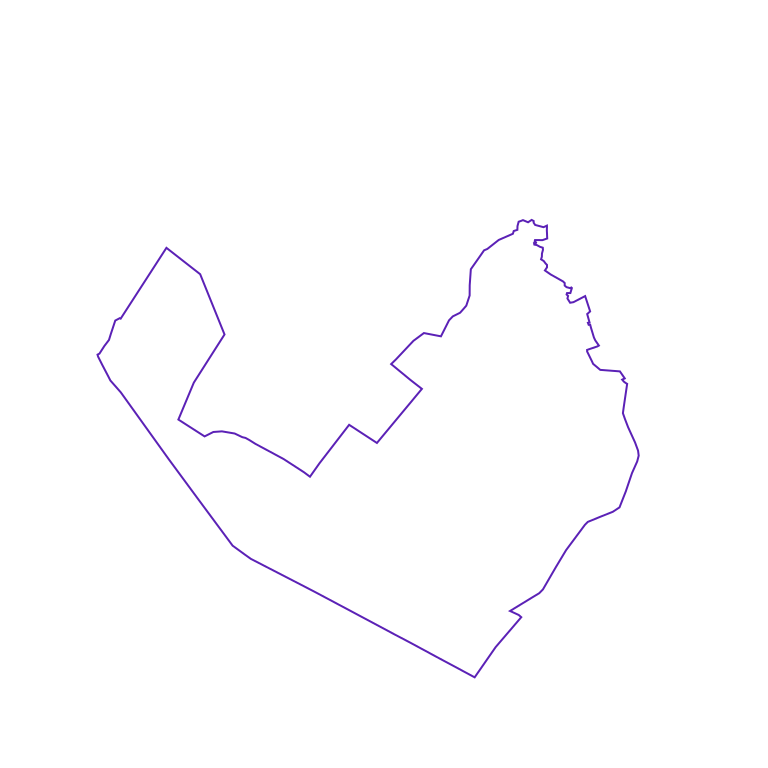 the district of Municipal Area Council, Federal Capital Territory, Nigeria, rotated 119°
{"feature_id": "59680162B38183120701356", "entity_name": "Municipal Area Council", "entity_type": "district", "adm_level": 2, "iso_a3": "NGA", "parent_name": "Nigeria", "parent_adm1": "Federal Capital Territory", "projection": "natural_earth1", "projection_center": [7.293, 8.887], "detail": "fine", "context": "isolated", "style": "outline", "palette": "violet", "viewbox_px": 768, "rotation_deg": 119, "n_neighbors": 0, "source": "geoboundaries", "source_scale": "gbopen_adm2", "svg_char_len": 2362}
<svg xmlns="http://www.w3.org/2000/svg" viewBox="0 0 768 768"><g transform="rotate(119 384 384)"><path d="M564.5,513.2L575.4,489.4L598.8,438.0L599.9,429.0L600.6,423.5L601.5,415.7L599.4,345.1L599.3,340.2L598.9,316.4L598.7,305.3L597.9,253.1L597.5,235.5L597.2,206.4L597.1,199.2L596.6,162.5L560.0,158.8L521.4,150.9L520.7,154.2L521.2,160.9L521.4,163.7L499.0,151.0L491.7,146.8L486.6,145.4L460.8,144.9L441.0,144.2L409.7,140.0L405.8,138.9L395.2,130.4L384.8,121.9L377.7,118.2L367.2,119.6L360.3,120.5L359.9,120.6L341.7,123.9L329.0,125.0L323.2,126.5L319.1,129.5L313.4,136.1L303.5,149.5L297.7,156.4L293.7,160.9L287.5,163.3L266.0,171.4L266.0,172.4L265.8,174.4L265.6,175.5L264.7,177.8L263.4,176.9L262.6,176.2L262.4,176.1L258.6,183.8L266.8,201.7L265.0,210.9L263.5,212.9L259.1,219.2L257.1,222.1L255.7,222.9L249.1,216.9L247.7,215.6L246.2,214.7L243.4,220.4L241.5,223.0L237.7,226.9L234.6,230.1L232.2,232.4L233.0,233.7L231.6,235.3L230.5,234.1L224.3,240.2L220.6,238.9L220.2,239.3L209.6,250.7L220.6,258.0L222.7,260.6L220.3,265.0L217.7,265.7L217.2,267.7L215.7,268.0L214.1,265.1L209.0,266.2L208.8,267.0L209.9,267.6L210.8,271.3L210.3,273.7L208.1,274.9L207.5,277.1L207.4,291.2L206.7,298.3L202.9,298.0L200.8,299.2L200.3,301.0L199.0,303.9L198.8,307.1L196.2,307.6L193.3,309.1L189.6,310.0L187.8,311.2L188.4,314.1L188.4,317.7L189.2,320.1L188.1,321.0L187.4,319.5L186.5,319.6L186.1,321.4L184.9,321.7L181.3,315.1L177.6,311.8L175.0,313.4L173.0,314.6L171.9,315.3L170.6,316.1L167.1,317.9L166.5,318.3L167.9,319.3L169.5,320.5L171.6,328.9L170.4,331.3L168.9,332.1L168.9,334.4L172.7,336.4L173.3,341.9L174.9,343.2L176.8,344.9L181.2,343.8L184.5,342.1L187.3,344.7L190.1,344.1L202.4,353.5L215.8,359.1L218.6,361.3L224.7,361.9L241.5,363.7L256.1,356.9L265.1,352.0L275.6,350.0L280.4,351.0L284.8,352.0L291.5,356.6L296.8,358.0L301.6,357.8L314.7,357.3L320.1,373.8L332.0,379.2L356.8,385.5L363.1,387.4L367.6,363.1L369.9,348.5L439.0,361.6L436.6,394.7L484.6,402.0L501.0,403.8L500.0,411.1L498.3,435.4L498.7,467.4L498.3,474.6L498.3,479.0L499.1,481.8L499.2,482.3L499.7,490.6L504.0,502.8L508.7,510.0L516.8,515.5L514.8,546.6L475.0,551.0L418.0,547.5L377.1,598.0L370.4,640.3L454.5,646.0L454.5,647.0L458.8,649.8L467.8,648.1L472.6,647.2L478.8,645.9L486.4,647.0L495.4,647.6L497.2,648.8L498.7,647.3L503.8,639.8L511.1,628.7L513.6,625.0L518.9,610.2L554.1,535.9L564.5,513.2Z" fill="none" stroke="#5b21b6" stroke-width="2"/></g></svg>